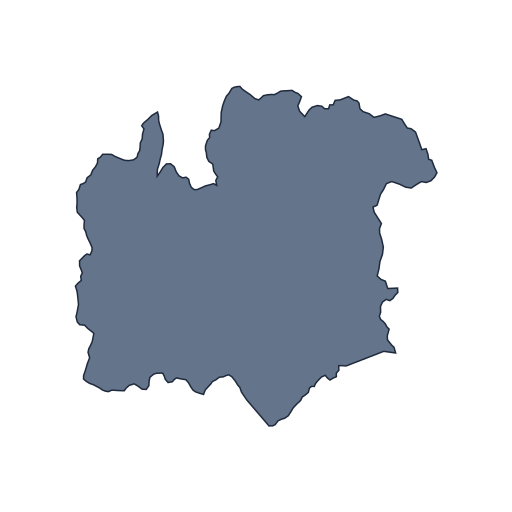 Anicuns, Goiás, Brazil (Natural Earth projection), rotated 348°
{"feature_id": "56859067B81756227980733", "entity_name": "Anicuns", "entity_type": "district", "adm_level": 2, "iso_a3": "BRA", "parent_name": "Brazil", "parent_adm1": "Goiás", "projection": "natural_earth1", "projection_center": [-49.983, -16.403], "detail": "fine", "context": "isolated", "style": "filled", "palette": "slate", "viewbox_px": 512, "rotation_deg": 348, "n_neighbors": 0, "source": "geoboundaries", "source_scale": "gbopen_adm2", "svg_char_len": 4028}
<svg xmlns="http://www.w3.org/2000/svg" viewBox="0 0 512 512"><g transform="rotate(348 256 256)"><path d="M66.7,329.9L64.6,333.7L62.6,336.9L61.7,340.4L63.6,343.0L66.7,346.0L70.2,348.1L73.3,350.7L75.6,352.6L78.0,355.2L80.8,357.0L83.4,358.0L87.2,357.2L91.6,358.5L95.7,359.6L99.2,360.4L101.4,358.3L105.1,356.2L110.2,355.7L113.6,358.8L116.9,362.6L120.9,363.7L124.3,360.5L125.3,356.5L127.0,352.6L131.3,350.3L134.3,350.0L137.1,350.5L140.3,351.1L141.3,354.5L141.6,357.7L143.7,361.5L148.0,361.6L150.4,359.8L152.8,358.7L156.8,360.5L161.8,362.5L163.7,366.2L165.1,370.7L166.5,374.1L168.6,376.3L172.2,378.5L175.9,380.5L178.4,376.6L182.1,373.9L185.0,371.9L187.2,369.8L191.2,368.7L194.9,366.9L198.7,367.4L202.1,366.7L204.8,366.6L207.4,369.3L209.8,374.1L211.3,378.4L212.9,381.3L213.5,386.1L217.1,395.0L233.4,424.9L237.1,425.6L239.7,424.9L243.3,421.8L247.2,420.9L250.2,420.7L254.3,419.0L258.0,415.3L260.9,412.2L265.4,409.1L269.6,406.6L271.9,403.6L275.5,402.1L278.9,400.2L280.8,396.3L283.3,395.1L285.9,395.7L287.6,393.2L290.6,390.8L294.8,388.0L298.9,387.1L300.6,390.4L302.6,392.7L305.9,391.5L309.5,390.8L310.2,387.3L313.3,385.0L314.1,380.5L317.7,381.2L321.2,382.3L361.1,375.8L372.4,379.9L372.0,373.9L370.3,371.6L368.8,368.6L367.2,365.4L367.8,361.4L371.0,355.2L369.3,352.6L368.4,349.3L366.8,346.5L364.8,344.1L364.1,340.6L366.2,337.0L367.3,331.2L370.1,327.4L374.3,325.5L377.6,327.5L381.1,326.0L383.9,323.3L387.1,321.2L387.8,316.8L378.1,315.2L377.3,307.5L373.3,304.8L370.4,300.7L373.7,293.9L376.0,287.3L380.0,280.8L382.4,273.8L382.4,266.2L381.7,259.4L382.5,254.9L385.4,250.3L380.7,237.7L380.6,232.5L385.0,231.5L390.6,221.5L394.5,217.6L398.6,212.3L404.3,211.4L411.3,215.6L416.7,219.8L422.0,221.8L427.2,219.7L433.2,217.6L437.8,219.5L442.7,218.8L447.1,215.9L450.3,212.2L449.0,206.7L447.8,198.9L445.0,197.3L445.3,192.1L444.6,186.4L440.3,186.5L439.4,179.3L437.8,167.9L434.1,163.7L430.6,162.3L428.6,157.3L427.0,152.6L412.0,143.9L406.5,144.7L400.2,144.9L396.4,140.4L390.8,137.1L388.3,133.6L388.5,127.7L386.9,125.1L384.3,124.0L379.6,119.3L370.7,120.8L365.8,120.2L362.9,124.2L359.6,123.5L357.6,127.0L353.8,126.3L351.5,123.2L347.4,121.6L341.8,122.1L338.3,124.2L332.7,129.8L328.8,123.6L328.1,117.8L330.6,114.4L333.6,109.6L330.8,105.7L328.3,104.1L325.7,101.5L321.4,100.9L317.2,100.2L314.3,99.9L310.9,101.1L307.6,102.0L304.7,101.2L300.8,100.7L296.6,100.7L294.2,102.2L291.1,103.9L287.5,101.7L283.8,96.8L281.0,94.0L277.3,90.0L275.5,86.8L272.8,86.4L269.8,86.4L267.2,87.1L263.5,91.1L260.2,93.6L257.3,97.7L254.7,102.0L251.8,108.4L249.6,117.6L246.2,123.2L241.3,124.8L238.4,123.6L235.7,127.3L235.3,130.5L232.4,132.8L229.5,137.7L228.7,141.4L228.9,144.6L228.4,149.2L229.5,153.6L232.8,157.1L232.3,164.0L233.5,167.4L235.0,170.6L232.4,173.7L232.2,178.7L229.6,176.4L224.6,176.8L221.2,176.9L216.8,177.9L212.2,178.8L209.3,178.2L207.0,175.4L206.1,171.2L206.1,166.9L204.0,164.4L200.4,164.3L197.3,161.5L195.5,157.1L194.6,151.8L191.7,148.1L187.6,147.3L183.3,150.1L179.4,154.3L176.0,157.3L177.5,150.9L180.6,145.4L182.5,141.1L184.6,137.2L186.1,132.8L188.4,127.4L189.4,124.3L190.3,117.6L189.6,112.6L189.0,106.4L189.0,102.9L189.8,98.8L189.6,94.7L183.4,96.8L178.6,99.9L173.5,102.7L171.3,104.9L172.8,108.4L170.3,113.3L169.0,117.8L166.3,121.4L165.3,125.3L164.1,128.8L161.8,131.2L160.2,134.7L156.1,136.5L151.1,136.2L147.2,135.0L143.4,132.5L139.1,129.5L135.8,126.6L132.3,125.7L127.2,124.6L124.3,127.0L121.4,128.0L120.3,132.0L117.4,135.5L114.1,138.1L111.2,142.4L107.1,144.3L104.8,148.1L102.2,149.2L99.1,149.6L96.6,154.1L93.7,156.6L93.0,161.8L92.0,167.0L90.7,171.2L90.3,176.1L93.7,181.8L95.6,185.6L94.5,188.9L93.5,193.3L94.5,196.9L94.6,200.4L95.2,203.9L96.4,208.6L97.4,213.8L96.6,216.9L93.9,220.4L91.1,218.9L88.4,220.0L82.4,224.0L81.4,229.0L82.1,232.9L82.6,236.4L80.3,239.4L80.0,243.6L76.3,245.5L73.1,247.9L73.6,253.0L73.4,256.2L73.0,260.3L72.3,266.5L69.3,273.8L67.3,278.0L67.5,283.4L69.2,286.5L74.0,288.1L76.4,291.9L78.3,294.2L81.3,297.9L79.4,302.4L77.9,305.9L75.9,308.6L73.2,311.9L71.7,315.2L72.1,321.0L68.6,326.3L66.7,329.9Z" fill="#64748b" stroke="#1e293b" stroke-width="1.5"/></g></svg>